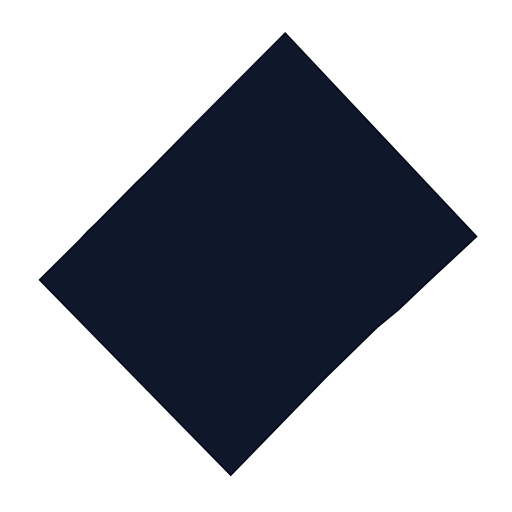 Lenawee, Michigan, United States of America, rotated 137°
{"feature_id": "52423323B88893072564030", "entity_name": "Lenawee", "entity_type": "district", "adm_level": 2, "iso_a3": "USA", "parent_name": "United States of America", "parent_adm1": "Michigan", "projection": "equal_earth", "projection_center": [-84.024, 41.895], "detail": "fine", "context": "isolated", "style": "filled", "palette": "ink", "viewbox_px": 512, "rotation_deg": 137, "n_neighbors": 0, "source": "geoboundaries", "source_scale": "gbopen_adm2", "svg_char_len": 361}
<svg xmlns="http://www.w3.org/2000/svg" viewBox="0 0 512 512"><g transform="rotate(137 256 256)"><path d="M362.3,388.8L374.5,387.9L430.6,386.2L424.0,112.9L287.8,119.6L215.9,121.2L188.0,119.5L148.6,119.9L81.4,119.8L82.6,399.1L214.3,394.3L281.3,391.4L293.3,391.3L351.0,388.9L362.2,388.8L362.3,388.8Z" fill="#0f172a" stroke="#020617" stroke-width="1.5"/></g></svg>